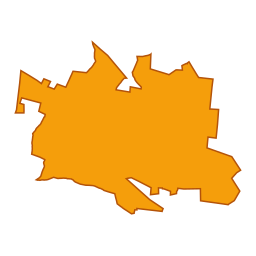 Abalá, Yucatán, Mexico (Mercator projection)
{"feature_id": "50627088B14708178050051", "entity_name": "Abalá", "entity_type": "district", "adm_level": 2, "iso_a3": "MEX", "parent_name": "Mexico", "parent_adm1": "Yucatán", "projection": "mercator", "projection_center": [-89.689, 20.66], "detail": "fine", "context": "isolated", "style": "filled", "palette": "amber", "viewbox_px": 256, "rotation_deg": 0, "n_neighbors": 0, "source": "geoboundaries", "source_scale": "gbopen_adm2", "svg_char_len": 3731}
<svg xmlns="http://www.w3.org/2000/svg" viewBox="0 0 256 256"><path d="M44.9,159.8L44.2,161.4L43.9,161.7L43.6,162.9L44.2,165.3L44.4,165.7L44.3,166.9L43.0,169.7L42.1,172.0L40.8,176.2L39.3,177.8L36.3,179.8L37.7,180.2L38.8,180.1L39.4,180.2L39.8,180.3L40.5,180.2L40.8,180.1L41.8,179.9L42.6,179.9L43.0,179.8L44.0,180.1L45.1,179.9L46.1,179.9L47.8,179.6L53.6,177.3L57.2,178.3L58.0,178.5L59.7,178.3L61.2,178.3L63.3,178.1L66.4,178.3L67.2,178.7L68.4,178.7L71.5,179.0L72.1,179.5L72.8,179.7L73.2,180.1L73.8,180.8L74.0,180.9L74.4,181.4L74.5,181.5L75.9,182.3L76.2,182.4L80.2,184.1L85.6,185.2L89.2,185.3L93.0,185.6L94.6,186.0L99.2,188.1L100.7,188.5L103.1,189.7L103.9,190.4L108.2,191.8L114.8,193.7L115.6,197.3L116.4,200.2L117.2,203.8L119.7,205.7L121.0,206.7L121.9,207.2L122.3,207.7L122.9,208.1L124.3,209.1L127.0,210.8L131.5,213.8L134.1,213.3L134.1,212.8L134.4,211.9L134.8,209.8L136.9,209.9L136.9,208.5L162.1,211.4L162.1,210.9L162.6,210.0L163.1,208.6L149.8,199.7L126.3,178.7L127.6,178.3L131.3,177.7L138.7,181.3L151.1,187.7L150.5,194.7L158.6,193.7L158.5,187.9L161.5,188.0L162.3,188.0L162.4,188.8L162.5,188.8L164.0,188.9L170.5,191.3L170.4,195.0L176.5,193.6L176.6,191.6L177.7,189.7L177.8,188.3L178.1,188.3L183.8,189.0L200.4,188.7L200.6,200.8L211.4,202.3L220.8,203.6L228.2,204.7L228.6,204.2L234.3,200.6L239.8,191.1L234.7,183.1L231.7,178.3L236.7,172.7L240.6,170.2L231.8,156.7L207.0,147.9L208.0,137.1L216.1,138.1L216.5,134.2L217.5,124.4L218.6,109.5L209.8,109.0L212.0,87.0L213.0,79.1L198.6,77.5L196.3,73.9L192.4,67.5L189.0,61.8L187.4,63.0L187.2,63.7L186.3,63.5L182.5,65.3L182.4,65.4L181.9,65.7L182.2,68.0L182.4,70.1L182.1,70.1L181.5,70.1L177.6,69.9L176.0,69.9L169.0,74.7L168.9,74.6L150.3,68.9L150.9,54.1L150.7,54.3L148.5,55.2L147.3,55.5L145.2,55.9L143.5,56.3L142.6,56.5L137.0,56.4L137.7,60.3L137.1,61.5L136.6,62.9L133.0,71.3L132.3,72.2L133.0,75.9L134.3,77.7L134.6,78.3L135.0,79.6L135.3,80.3L135.8,81.0L137.1,82.7L138.6,84.3L140.6,86.3L141.0,86.8L141.3,87.1L141.1,88.9L130.3,86.8L129.9,92.1L116.6,89.9L116.1,89.8L116.5,87.9L117.0,87.1L118.0,85.8L118.7,85.0L118.9,84.5L120.7,82.6L122.2,80.4L123.5,79.0L124.3,78.2L125.4,78.2L126.6,78.1L114.6,63.8L114.0,63.1L107.6,55.4L100.3,49.2L92.5,42.2L92.8,44.3L93.0,44.7L93.5,46.2L95.0,49.7L94.9,50.3L94.8,51.2L94.5,52.9L94.5,53.9L94.5,55.1L94.5,55.9L94.5,56.0L94.4,56.1L94.5,57.0L94.5,58.0L94.6,58.4L95.0,59.2L95.4,60.3L95.6,61.0L95.6,61.3L95.6,61.5L95.3,62.0L94.6,62.9L93.8,64.1L93.3,65.1L93.0,65.5L92.4,66.3L92.1,66.7L92.0,66.8L91.7,67.3L91.4,67.5L91.0,67.9L90.7,68.3L89.9,68.9L87.8,71.4L87.3,71.8L87.0,72.2L86.4,72.7L73.4,71.3L73.0,71.3L71.4,75.0L71.2,75.4L71.1,75.5L70.8,76.3L70.4,77.1L70.0,78.0L69.6,78.9L69.3,79.7L68.9,80.5L68.7,80.9L68.5,81.4L68.1,82.2L65.8,87.2L57.3,84.1L54.2,89.1L48.0,86.7L47.9,86.7L50.5,81.5L43.9,78.8L41.4,83.6L37.2,80.5L29.3,75.6L20.9,70.6L19.7,83.1L18.0,97.2L16.5,109.8L15.4,112.9L23.9,112.9L24.0,111.1L23.9,104.5L19.8,103.3L21.7,97.9L33.7,101.1L40.8,103.0L38.8,111.3L45.2,114.4L44.7,116.9L44.4,117.0L44.0,117.2L43.7,118.0L43.4,118.5L43.2,118.9L43.1,119.2L42.9,119.6L42.7,120.0L42.4,120.6L42.1,121.1L41.7,121.8L41.4,122.3L41.4,122.5L41.0,123.3L40.8,123.7L40.6,124.0L40.3,124.3L39.9,124.8L39.7,125.1L39.1,125.4L38.6,126.1L38.2,126.5L37.4,127.3L36.7,128.0L36.4,128.4L35.8,129.3L35.6,130.1L35.4,130.5L34.6,131.3L34.2,131.8L33.9,132.1L33.6,132.4L33.2,133.1L32.7,133.5L32.8,134.3L33.0,134.9L33.0,135.7L32.8,136.3L32.7,136.9L32.7,137.2L32.6,137.9L32.5,138.9L32.4,139.3L32.4,139.8L32.3,140.7L32.1,141.3L32.1,141.9L31.9,143.0L32.1,144.2L32.2,144.7L32.3,145.3L32.3,145.6L32.3,146.0L32.2,146.3L32.2,146.9L32.3,148.0L32.3,148.7L32.3,149.2L32.2,149.6L32.2,150.1L32.2,150.8L31.9,152.5L31.9,153.1L31.7,154.2L40.0,157.2L44.6,159.5L44.9,159.8Z" fill="#f59e0b" stroke="#b45309" stroke-width="1.5"/></svg>